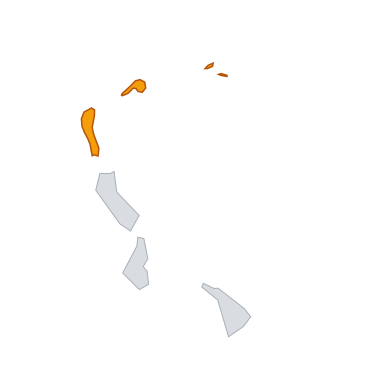 South Caicos and East Caicos on a map of Turks and Caicos Islands (Albers equal-area conic projection), rotated 226°
{"feature_id": "TCA-5006", "entity_name": "South Caicos and East Caicos", "entity_type": "state/province", "adm_level": 1, "iso_a3": "TCA", "parent_name": "Turks and Caicos Islands", "parent_adm1": "", "projection": "albers", "projection_center": [-71.559, 21.528], "detail": "fine", "context": "in_parent", "style": "filled", "palette": "amber", "viewbox_px": 384, "rotation_deg": 226, "n_neighbors": 0, "source": "natural_earth", "source_scale": "10m", "svg_char_len": 1117}
<svg xmlns="http://www.w3.org/2000/svg" viewBox="0 0 384 384"><g transform="rotate(226 192 192)"><path d="M262.1,145.9L260.9,150.2L244.2,137.8L211.8,137.7L206.7,120.7L219.1,118.0L260.1,124.0L269.4,138.7L262.1,145.9ZM62.5,117.7L96.4,135.5L116.8,133.0L118.5,136.7L107.4,140.8L104.6,144.0L71.8,148.6L61.5,147.6L59.5,135.6L62.5,117.7ZM197.1,121.7L191.9,125.0L174.7,113.9L172.2,105.1L166.1,104.6L155.8,96.6L158.4,86.3L181.9,85.9L191.3,114.6L197.1,121.7Z" fill="#d9dde1" stroke="#a8b0b8" stroke-width="1"/><path d="M307.8,165.0L301.5,161.2L288.3,155.5L283.2,149.5L284.6,148.6L285.8,148.1L286.8,147.2L287.4,145.4L297.3,151.9L302.5,154.0L309.8,156.1L315.8,158.6L321.5,163.3L324.5,169.9L322.2,178.1L318.7,178.9L314.5,174.6L307.8,165.0ZM310.7,208.6L311.3,210.5L311.0,221.1L311.3,228.5L308.9,232.7L303.9,234.3L299.0,231.0L298.3,225.5L301.9,223.0L305.5,223.6L307.5,221.9L307.5,214.3L309.7,208.7L310.7,208.6ZM270.1,288.9L271.7,287.1L271.9,291.6L270.0,296.7L268.1,294.0L270.1,288.9ZM254.1,295.0L256.4,293.5L258.2,292.8L256.9,295.3L251.7,298.1L250.8,297.5L254.1,295.0Z" fill="#f59e0b" stroke="#b45309" stroke-width="1.5"/></g></svg>